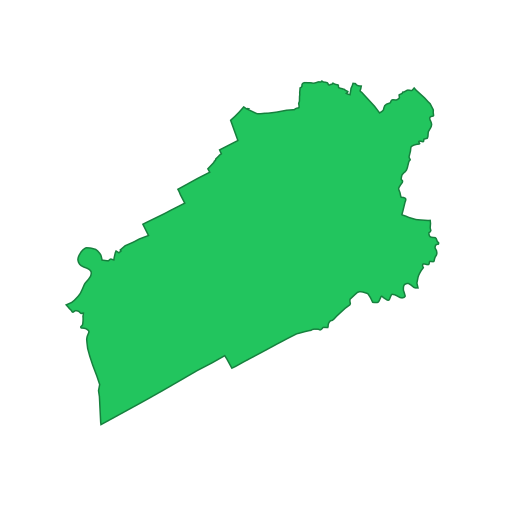 Ben Luc, Long An, Vietnam (orthographic projection), rotated 281°
{"feature_id": "81297802B50864428315087", "entity_name": "Ben Luc", "entity_type": "district", "adm_level": 2, "iso_a3": "VNM", "parent_name": "Vietnam", "parent_adm1": "Long An", "projection": "orthographic", "projection_center": [106.476, 10.694], "detail": "fine", "context": "isolated", "style": "filled", "palette": "green", "viewbox_px": 512, "rotation_deg": 281, "n_neighbors": 0, "source": "geoboundaries", "source_scale": "gbopen_adm2", "svg_char_len": 6101}
<svg xmlns="http://www.w3.org/2000/svg" viewBox="0 0 512 512"><g transform="rotate(281 256 256)"><path d="M304.5,168.3L301.7,170.1L294.3,176.0L285.1,164.2L279.7,157.5L268.1,142.1L265.6,138.9L255.6,146.6L250.5,138.3L246.0,132.7L241.1,125.6L236.0,121.6L235.2,122.6L233.0,120.8L234.2,117.7L232.5,117.3L227.5,117.1L225.0,117.2L225.3,114.3L225.1,113.6L223.1,112.0L222.9,110.5L222.6,105.7L226.0,104.2L227.3,103.5L228.7,102.2L230.8,99.5L231.9,97.3L232.2,93.4L232.2,91.9L232.0,90.0L231.7,87.9L231.2,87.0L230.5,86.3L229.1,85.0L226.8,83.6L222.9,82.2L220.8,81.8L218.8,81.8L217.5,82.2L215.9,83.0L214.3,84.4L213.2,86.1L212.3,89.0L211.8,92.2L211.3,93.9L210.7,95.4L209.3,97.0L208.6,97.3L207.5,97.6L205.8,97.6L204.4,97.4L201.3,96.1L197.2,93.7L195.5,93.0L190.0,91.8L185.8,90.7L182.5,89.1L177.8,86.1L175.2,83.9L171.8,79.0L170.0,81.4L168.8,82.8L167.4,85.0L166.1,86.2L166.0,86.5L165.9,87.0L166.1,87.3L167.6,88.8L167.9,89.3L168.0,89.8L168.0,91.4L167.8,92.5L167.6,93.0L166.9,94.0L166.2,95.3L166.4,95.8L166.8,96.6L167.0,97.5L163.5,97.7L162.2,98.1L159.4,98.6L156.3,98.9L155.2,98.8L154.5,98.5L153.6,97.8L152.9,97.5L152.6,97.6L152.1,98.0L152.0,98.7L152.2,99.7L152.3,101.3L152.2,102.8L151.9,103.7L151.1,105.4L150.5,106.0L150.1,106.4L149.3,106.5L145.2,105.7L144.1,105.6L141.9,105.7L138.7,106.6L133.1,108.4L126.0,111.9L117.8,116.5L107.6,122.8L100.0,127.1L93.8,127.1L88.2,129.1L63.0,135.3L60.9,136.0L92.8,174.4L107.7,191.9L132.3,220.1L142.7,233.2L152.2,244.3L149.5,246.9L141.3,253.7L143.8,257.1L149.9,264.3L163.0,280.5L173.7,293.5L177.1,297.8L180.7,302.2L187.4,310.8L188.8,313.8L191.0,318.2L192.8,322.2L193.5,324.1L194.5,325.2L195.1,326.5L195.4,327.6L195.8,329.7L196.0,331.3L195.7,332.7L195.8,333.3L196.2,333.8L197.4,334.8L198.4,335.3L198.8,335.9L199.3,339.0L199.5,340.1L200.5,340.2L202.1,340.0L203.8,340.1L205.2,340.6L206.6,341.4L207.4,343.2L208.9,344.5L212.3,346.6L221.7,353.5L225.9,357.4L227.1,357.7L227.5,357.6L229.2,356.9L230.5,356.6L231.6,356.6L237.0,360.5L239.6,362.5L240.7,364.4L240.9,365.3L241.0,367.0L241.0,367.9L240.5,372.3L240.1,373.3L238.2,375.1L236.8,376.4L232.9,379.3L232.8,379.8L233.0,381.4L233.4,383.7L233.9,384.6L234.5,385.0L235.1,385.3L239.9,386.5L240.4,386.8L240.4,387.1L240.3,387.8L239.5,388.9L237.8,393.2L237.8,394.1L237.9,394.6L238.3,395.0L239.1,395.3L241.8,395.8L243.4,396.2L244.1,396.6L244.4,397.0L244.4,399.6L243.9,401.6L242.7,405.4L242.7,406.9L242.9,407.8L243.6,409.2L244.2,409.7L245.1,410.1L247.9,408.7L250.6,407.2L253.2,406.7L255.0,406.7L255.8,407.0L256.5,407.4L257.5,408.8L258.0,410.0L258.1,411.0L257.2,413.4L255.3,417.0L255.1,418.5L255.6,421.1L260.1,419.1L262.8,419.1L266.0,419.1L268.3,419.4L270.8,420.1L273.4,421.0L276.5,422.5L277.8,421.5L278.5,421.3L279.8,421.4L280.2,421.9L280.3,423.5L280.2,425.5L280.4,426.6L280.6,427.1L281.4,427.4L283.4,427.4L283.9,427.7L284.2,430.8L284.5,431.5L285.2,431.8L286.9,431.8L288.8,432.0L291.6,433.0L293.4,433.0L295.6,432.2L297.7,430.5L298.5,430.1L299.8,430.1L300.8,430.3L301.5,430.8L302.2,431.9L302.4,432.7L302.9,432.9L304.0,432.6L304.7,431.3L307.4,429.6L308.0,428.8L308.2,428.3L307.9,425.5L307.9,424.1L308.2,423.2L309.0,422.3L310.7,421.5L311.9,421.3L312.9,422.3L313.7,422.6L314.7,422.7L315.4,422.2L316.9,421.6L321.2,421.1L324.2,420.2L323.7,418.3L322.7,410.1L322.3,406.1L323.0,398.7L323.7,395.5L324.2,391.7L324.4,391.3L328.4,391.6L337.2,392.0L339.0,392.3L340.3,392.2L340.8,391.9L341.1,391.5L341.3,391.0L341.6,389.2L341.4,388.3L341.4,387.3L342.0,386.8L345.7,385.2L348.6,383.4L349.8,383.1L350.9,383.4L353.1,384.2L356.1,385.6L357.5,385.6L358.0,385.2L358.8,384.0L359.2,383.8L361.4,383.7L363.2,383.8L364.0,384.1L366.1,385.4L367.1,386.3L369.1,387.3L371.4,387.7L377.4,388.0L378.4,388.2L379.8,389.0L380.3,388.8L381.2,388.0L382.0,387.5L382.8,387.3L388.6,387.6L390.6,387.4L392.3,387.3L393.1,387.7L394.1,388.6L395.2,390.2L396.3,392.5L397.0,394.7L397.5,395.2L397.8,395.1L399.0,394.0L399.4,394.0L399.7,394.2L400.0,394.7L400.1,395.4L400.0,398.0L400.2,398.4L400.5,398.6L401.4,398.6L402.2,398.5L402.8,398.6L404.2,401.6L404.5,401.7L405.7,401.9L406.5,401.9L409.9,401.5L411.0,401.5L415.4,403.0L416.7,403.3L418.6,403.3L420.1,402.7L421.6,401.8L422.9,400.8L424.1,400.3L425.0,400.2L425.6,400.5L426.2,401.0L427.2,403.2L427.5,403.4L427.9,403.5L430.6,402.6L433.1,402.2L433.9,401.7L438.7,397.9L440.3,395.4L443.3,391.4L449.4,381.4L451.1,379.2L448.6,377.8L448.1,377.1L448.0,376.7L448.0,374.8L447.8,373.3L447.3,372.4L446.3,371.3L445.2,369.9L444.9,368.8L443.6,368.5L443.0,367.8L441.6,365.8L441.1,365.8L439.1,366.5L438.4,366.5L436.9,365.3L436.1,364.3L435.8,363.6L435.5,360.6L435.3,360.1L434.9,359.5L433.9,359.0L432.4,358.7L431.6,358.1L431.0,356.9L429.9,355.1L428.1,353.7L425.9,353.3L423.8,353.2L423.1,352.9L421.9,352.0L420.0,350.0L425.6,343.8L436.7,328.7L437.4,327.3L437.7,326.8L438.0,326.6L440.0,326.9L442.9,326.9L442.6,324.5L442.8,322.9L443.2,321.9L443.6,321.3L444.2,320.8L444.0,318.3L441.5,318.0L438.7,317.3L436.8,317.4L432.3,317.5L432.4,315.1L432.9,313.6L434.2,314.7L435.0,314.8L435.7,312.1L436.3,311.2L436.5,310.6L436.5,309.5L436.7,308.6L436.7,307.2L436.9,305.6L437.1,305.0L437.6,304.7L438.9,304.4L439.6,303.9L439.6,301.8L439.8,300.1L440.3,298.9L440.3,298.4L440.1,298.2L439.4,298.0L439.0,297.7L438.5,296.2L437.8,295.6L437.8,295.2L437.9,294.5L438.3,294.1L439.1,293.7L439.7,292.8L439.8,290.8L439.6,288.9L440.1,287.9L440.3,287.3L440.2,287.0L439.2,286.5L439.0,286.0L439.0,284.8L438.8,283.9L437.5,281.7L436.7,279.9L436.5,279.1L436.5,277.1L436.3,275.5L435.9,273.6L435.8,272.5L435.3,270.2L434.5,269.1L434.1,268.8L433.3,268.5L432.5,268.5L431.6,268.7L431.0,268.6L430.1,268.1L429.4,267.2L427.1,267.5L424.8,267.7L422.7,268.2L420.9,268.3L416.3,269.1L415.2,269.0L414.3,268.8L413.8,268.8L411.7,269.6L410.7,269.8L410.0,269.8L409.6,269.7L408.9,267.9L408.0,266.5L407.0,265.8L404.9,258.2L401.2,248.9L398.5,240.7L397.7,237.1L396.6,233.6L396.0,230.9L395.9,229.9L396.1,228.8L398.3,220.2L399.1,220.7L399.1,219.5L398.6,218.6L400.0,215.5L394.0,212.0L388.9,208.6L384.4,205.2L365.9,216.2L353.2,200.0L349.7,202.5L348.0,200.9L346.9,200.3L343.6,198.0L341.9,197.9L341.3,197.1L339.7,196.7L332.4,192.1L329.4,194.6L321.1,184.0L307.5,167.7L306.6,166.6L304.5,168.3Z" fill="#22c55e" stroke="#15803d" stroke-width="1.5"/></g></svg>